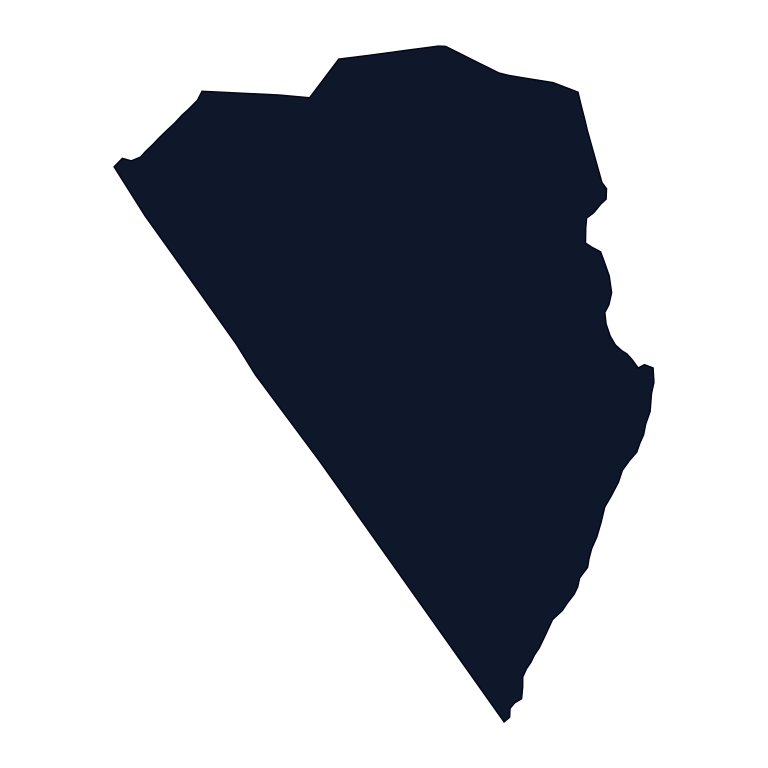 outline of Inhapi, Alagoas, Brazil
{"feature_id": "56859067B78860328725040", "entity_name": "Inhapi", "entity_type": "district", "adm_level": 2, "iso_a3": "BRA", "parent_name": "Brazil", "parent_adm1": "Alagoas", "projection": "equal_earth", "projection_center": [-37.665, -9.294], "detail": "fine", "context": "isolated", "style": "filled", "palette": "ink", "viewbox_px": 768, "rotation_deg": 0, "n_neighbors": 0, "source": "geoboundaries", "source_scale": "gbopen_adm2", "svg_char_len": 1316}
<svg xmlns="http://www.w3.org/2000/svg" viewBox="0 0 768 768"><path d="M255.4,374.8L308.9,446.7L319.5,461.0L340.9,491.1L348.8,502.3L356.3,513.2L504.1,721.9L509.6,717.2L510.0,708.4L514.7,702.8L521.6,698.7L522.7,686.6L522.7,677.1L526.4,668.8L530.9,662.3L534.3,655.2L539.2,647.9L545.3,635.2L552.5,619.6L562.4,610.4L567.3,603.0L574.1,594.2L577.6,587.1L579.6,577.9L587.6,567.3L588.9,559.0L591.6,548.7L596.8,536.9L601.0,522.6L604.7,507.1L610.9,496.5L618.4,482.2L622.3,470.4L629.5,460.4L636.7,452.2L639.7,443.5L643.6,434.7L645.6,424.4L650.1,411.4L651.5,393.4L653.9,382.4L653.1,368.0L644.5,364.7L638.1,368.0L632.5,360.2L627.1,354.1L621.5,350.5L615.3,344.9L610.2,336.1L606.1,324.2L604.8,312.5L608.9,304.7L611.6,292.7L609.2,275.9L604.4,262.2L600.6,251.9L591.8,247.2L585.5,243.1L585.7,228.3L586.6,218.0L593.8,212.6L600.6,204.2L606.1,199.1L606.5,188.7L601.9,182.5L587.2,129.9L585.1,120.9L580.4,102.5L578.0,92.2L553.2,82.7L521.6,77.6L508.1,75.3L498.6,72.9L488.7,67.9L478.3,62.8L445.6,46.4L438.4,46.1L429.5,47.3L411.0,49.7L360.8,56.4L338.8,59.1L309.6,97.8L280.0,95.1L202.1,91.3L197.5,100.2L188.3,109.5L182.1,115.1L174.6,123.2L167.4,129.9L158.8,138.2L152.7,144.7L146.4,150.6L140.5,157.1L131.3,160.9L122.4,158.4L114.1,166.8L145.1,215.9L182.8,268.7L236.5,344.4L255.4,374.8Z" fill="#0f172a" stroke="#020617" stroke-width="1.5"/></svg>